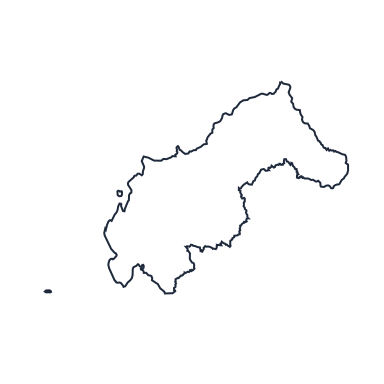 Thung Wa, Satun, Thailand, rotated 353°
{"feature_id": "78962969B89746829348507", "entity_name": "Thung Wa", "entity_type": "district", "adm_level": 2, "iso_a3": "THA", "parent_name": "Thailand", "parent_adm1": "Satun", "projection": "robinson", "projection_center": [99.848, 7.08], "detail": "fine", "context": "isolated", "style": "outline", "palette": "slate", "viewbox_px": 384, "rotation_deg": 353, "n_neighbors": 0, "source": "geoboundaries", "source_scale": "gbopen_adm2", "svg_char_len": 6136}
<svg xmlns="http://www.w3.org/2000/svg" viewBox="0 0 384 384"><g transform="rotate(353 192 192)"><path d="M350.2,183.8L348.1,182.0L348.3,181.2L349.1,180.1L349.2,176.9L349.2,175.8L348.5,173.8L345.5,172.7L342.2,170.5L340.2,169.7L339.5,168.8L338.0,169.2L337.8,168.3L337.1,167.8L336.1,168.0L334.8,167.5L334.5,167.1L333.2,167.7L332.3,165.4L331.8,165.9L331.5,165.3L331.5,165.9L330.7,166.6L329.9,164.7L329.5,164.9L328.0,163.8L327.3,161.3L326.4,160.9L325.8,159.8L325.8,158.9L325.0,158.1L324.7,157.1L323.4,156.4L322.1,151.9L321.4,151.0L321.0,147.3L319.9,145.3L316.8,143.1L316.4,140.7L315.3,138.2L312.1,137.5L310.6,136.0L310.0,133.6L310.8,131.0L309.4,128.3L309.0,125.8L309.1,123.9L305.7,123.0L304.3,122.0L303.2,120.1L303.1,116.7L301.5,114.5L302.9,111.1L300.7,107.4L300.1,104.8L302.3,100.6L302.4,99.6L301.9,98.1L301.2,97.3L295.8,95.5L294.5,93.9L294.2,94.3L292.8,94.0L292.4,96.0L291.8,96.5L289.9,99.9L288.4,100.4L287.2,102.6L285.0,104.5L283.0,104.3L282.3,103.5L281.1,103.1L278.8,104.7L277.9,104.7L274.3,103.1L272.8,102.9L265.9,105.4L260.5,105.8L258.3,107.4L254.0,107.3L250.6,108.9L246.5,113.2L244.0,114.4L242.8,115.8L241.1,119.7L240.6,119.9L238.2,120.0L235.1,117.9L232.5,118.5L231.7,119.7L230.8,122.3L228.7,125.1L226.5,126.0L222.9,126.6L221.8,127.4L221.3,129.4L221.4,131.1L219.8,132.5L219.4,135.7L217.5,136.3L214.0,139.8L213.2,141.8L212.4,142.6L212.6,146.0L209.3,146.2L206.3,148.2L201.9,149.6L201.0,150.9L198.7,150.7L196.0,151.8L194.6,151.4L193.1,153.3L189.9,153.4L187.6,151.3L186.2,149.4L184.8,148.5L184.4,146.3L183.9,144.9L183.3,144.8L182.1,145.9L182.0,147.0L182.3,147.8L181.8,149.8L182.4,150.7L181.8,152.0L180.0,152.9L180.1,154.6L176.9,154.0L175.4,155.1L170.6,156.3L167.6,155.7L165.4,157.2L158.2,156.2L152.9,152.6L148.3,150.9L145.9,155.2L147.5,160.8L147.4,162.1L145.8,165.6L145.3,168.3L144.2,169.3L141.8,167.3L140.2,167.3L138.7,168.9L137.4,168.8L136.3,169.4L136.0,170.3L130.3,174.2L129.5,175.4L129.4,177.1L132.1,182.7L131.7,185.3L130.3,185.8L129.1,187.6L128.3,192.6L127.4,193.3L125.7,196.3L123.3,200.6L122.6,202.9L121.2,202.5L119.9,197.2L120.3,195.4L120.0,194.9L118.7,194.6L117.1,197.0L115.7,201.3L114.4,203.3L112.5,205.0L108.7,210.9L107.7,210.1L106.9,210.0L105.4,211.2L103.7,214.2L101.9,218.9L101.4,217.8L99.9,221.9L100.0,224.4L104.8,238.6L107.9,243.0L109.0,243.7L109.6,245.3L109.2,246.2L106.4,248.7L105.0,249.1L104.6,248.5L103.3,248.5L101.9,249.5L101.0,251.1L100.1,253.8L100.4,257.3L104.5,270.6L104.9,270.7L104.5,270.1L105.0,270.7L105.8,272.5L106.9,273.0L109.1,273.0L110.4,273.7L112.5,277.1L112.5,277.8L114.3,277.4L117.1,274.0L119.8,272.2L121.7,270.3L122.9,267.4L123.8,261.2L124.8,259.5L127.8,258.5L129.4,257.1L130.1,257.4L131.1,259.4L131.9,259.9L133.1,259.5L133.9,258.3L134.6,258.3L135.1,259.3L134.7,261.4L134.1,261.8L132.2,261.5L131.8,262.0L131.9,262.7L134.1,264.0L134.3,266.4L136.6,266.6L138.5,269.3L141.0,270.1L141.6,270.8L142.0,272.8L141.5,274.7L146.9,279.3L148.7,283.7L152.4,287.6L152.7,289.4L160.3,290.1L163.3,288.4L163.1,287.7L162.2,287.2L162.5,286.4L162.4,285.1L164.0,284.2L164.3,282.6L164.1,282.0L165.0,280.8L164.4,279.2L165.0,278.6L164.8,277.6L165.0,276.6L167.7,275.5L168.2,275.8L171.0,273.5L171.7,273.8L172.9,273.3L173.8,272.1L175.0,271.8L175.0,271.2L175.5,271.6L178.3,270.6L179.3,271.0L180.5,270.3L180.6,269.6L181.2,269.9L181.2,269.4L181.8,269.5L182.1,270.0L182.5,269.3L183.3,269.8L185.1,268.4L184.8,266.9L185.3,265.1L185.1,263.2L184.4,262.4L183.4,262.0L181.9,259.0L181.7,257.8L182.5,252.7L181.2,250.2L180.2,249.8L180.8,248.2L179.3,245.8L180.1,246.0L180.6,245.2L182.8,246.0L183.6,245.5L184.5,244.2L185.9,244.6L186.7,245.6L188.5,246.0L190.6,247.3L193.1,248.0L193.2,250.2L194.0,250.7L193.4,251.8L194.9,252.5L196.8,249.8L196.8,248.8L198.6,247.3L199.5,248.0L201.7,248.1L203.6,249.0L205.0,249.9L205.6,250.9L206.2,250.7L208.7,251.6L209.8,250.3L209.9,248.5L210.7,248.2L210.5,247.5L214.6,248.5L214.0,246.6L215.1,246.0L215.5,245.0L217.1,246.7L218.4,247.2L219.1,248.5L220.0,248.3L221.4,250.0L222.6,250.5L222.9,251.0L223.3,250.6L223.1,250.2L223.7,250.0L223.5,248.9L224.1,245.1L226.2,244.0L226.4,242.8L228.4,242.0L228.6,240.6L232.0,240.6L232.9,239.8L234.2,239.8L234.4,238.9L234.1,237.5L234.4,237.3L234.3,236.6L235.3,235.5L234.8,234.2L235.6,233.1L235.7,231.2L236.7,231.1L237.6,229.9L238.9,229.1L240.1,228.9L240.1,228.0L241.7,228.3L242.7,227.9L242.3,226.7L242.9,225.4L243.9,224.9L244.7,225.0L243.9,224.1L244.1,221.5L243.5,220.6L243.1,218.7L243.8,217.5L243.7,216.8L242.4,215.3L242.4,213.9L241.5,212.4L242.0,211.0L242.1,208.8L243.3,207.8L243.2,207.0L243.6,205.0L243.1,204.2L241.0,204.6L240.4,203.5L240.1,202.2L240.9,201.9L241.0,201.0L239.8,198.4L240.2,196.8L238.7,195.9L239.0,193.8L239.6,194.5L241.0,194.3L242.0,192.9L244.3,191.0L248.0,189.2L248.4,190.3L249.6,191.4L252.3,192.0L254.3,188.6L255.8,188.2L256.9,185.6L258.6,184.5L259.7,182.2L261.0,181.7L263.2,178.3L265.8,177.9L266.7,178.4L267.6,179.9L269.7,180.0L270.2,179.4L271.0,179.6L270.7,179.0L270.7,177.5L271.4,177.1L272.4,177.6L273.8,176.7L274.2,175.6L276.2,177.7L276.8,177.1L277.4,177.2L278.2,175.7L280.3,175.3L281.2,175.7L281.4,175.3L282.0,175.2L282.2,174.6L283.0,174.8L283.7,175.9L285.4,176.0L285.5,175.2L287.0,174.7L286.8,173.1L287.6,170.7L289.3,170.9L289.8,173.2L291.1,173.7L293.0,177.2L294.1,176.3L294.2,175.2L294.9,175.6L295.4,178.5L296.8,180.1L296.9,181.3L297.3,181.9L298.6,182.0L298.4,183.7L298.8,184.0L298.5,184.8L299.0,184.9L299.3,186.0L298.9,186.6L299.3,187.1L298.9,187.1L299.1,187.7L298.3,188.1L297.9,190.5L299.7,191.3L300.4,191.0L300.3,190.5L300.9,190.1L301.7,190.3L301.8,189.8L302.7,189.7L303.3,191.0L303.8,191.0L303.7,191.5L304.5,191.4L305.3,192.3L309.2,192.8L311.7,194.6L313.6,194.6L316.1,196.7L317.1,196.8L318.6,196.2L320.5,198.5L320.3,201.4L320.7,202.4L323.6,203.1L325.7,202.1L327.9,202.0L329.4,202.9L330.5,205.1L331.8,205.5L332.7,205.2L333.4,203.5L335.2,202.6L337.0,202.2L338.3,202.4L339.3,202.0L342.1,198.3L344.6,196.8L345.1,195.8L348.3,192.8L349.6,189.4L350.2,183.8ZM119.5,181.8L118.5,181.9L118.0,182.4L117.9,186.1L119.2,187.3L121.2,187.4L121.9,186.6L122.4,184.7L122.4,182.9L121.8,182.5L120.6,182.9L119.5,181.8ZM38.5,272.2L35.1,271.9L33.8,272.9L35.1,273.9L37.6,274.0L38.9,274.4L39.9,274.0L39.6,272.9L38.5,272.2Z" fill="none" stroke="#1e293b" stroke-width="2"/></g></svg>